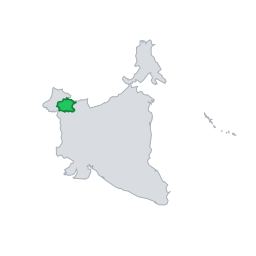 location of Himachal Pradesh within India, rotated 315°
{"feature_id": "IND-2429", "entity_name": "Himachal Pradesh", "entity_type": "Union Territory", "adm_level": 1, "iso_a3": "IND", "parent_name": "India", "parent_adm1": "", "projection": "orthographic", "projection_center": [77.297, 31.808], "detail": "fine", "context": "in_parent", "style": "filled", "palette": "green", "viewbox_px": 256, "rotation_deg": 315, "n_neighbors": 0, "source": "natural_earth", "source_scale": "10m", "svg_char_len": 6390}
<svg xmlns="http://www.w3.org/2000/svg" viewBox="0 0 256 256"><g transform="rotate(315 128 128)"><path d="M50.0,115.2L53.1,114.8L53.5,112.7L59.1,114.0L63.0,112.8L64.2,113.9L66.0,113.0L64.2,105.3L62.1,104.9L61.3,103.6L61.8,100.0L58.4,98.4L58.7,96.1L63.7,90.9L65.7,93.0L71.5,91.8L74.2,87.1L77.2,85.5L79.9,80.1L82.2,79.2L82.8,77.2L86.7,73.6L86.1,72.7L86.4,68.9L90.4,66.5L90.0,65.6L87.2,64.8L87.1,63.2L85.5,63.1L85.3,61.7L83.8,60.5L84.6,58.6L83.8,57.2L85.2,55.9L83.5,55.1L83.9,54.1L83.0,53.2L83.9,51.6L85.6,50.9L92.6,52.7L97.0,51.3L103.0,46.7L104.2,46.8L104.1,48.2L105.7,52.1L109.0,53.9L107.8,55.7L108.2,58.8L109.9,60.7L110.4,64.8L108.9,65.7L107.7,64.3L106.2,64.8L108.0,68.2L108.1,72.0L109.9,71.5L112.0,74.0L115.4,75.1L115.7,76.5L120.1,78.8L116.9,81.5L115.3,87.0L125.0,92.5L129.5,93.5L129.8,94.4L132.9,95.2L137.1,94.2L140.0,95.2L140.5,96.7L143.5,98.3L145.3,97.6L146.6,98.9L158.5,99.2L159.2,97.0L158.0,94.7L158.4,89.7L160.7,88.6L161.9,89.0L161.9,91.9L162.8,93.1L162.0,94.0L164.4,95.9L167.7,96.3L170.7,94.7L172.9,95.2L179.4,93.8L179.6,91.1L176.8,89.9L176.9,88.6L181.5,87.3L184.6,82.2L187.1,81.2L191.0,77.0L195.1,78.0L198.0,75.0L199.8,75.9L198.8,77.1L199.0,78.0L200.4,77.0L201.4,78.6L200.2,81.0L201.8,80.4L205.7,81.1L206.0,82.8L204.0,85.3L205.6,87.9L203.5,87.0L200.8,87.9L195.9,92.9L196.4,96.2L194.1,101.0L195.0,102.5L192.8,110.0L188.4,109.5L189.2,115.1L188.2,115.8L188.6,120.6L187.5,122.2L186.4,121.5L185.7,122.6L182.8,112.7L181.1,112.9L179.9,117.3L178.8,116.1L178.2,116.8L177.1,114.1L177.9,110.8L180.5,109.9L181.6,108.4L182.0,105.5L183.2,104.9L180.8,103.9L172.2,105.1L168.9,104.7L168.5,100.8L167.5,99.2L167.0,100.6L166.0,100.7L163.9,98.5L163.0,99.5L160.4,97.9L160.9,99.0L159.2,102.1L164.2,105.4L161.6,106.1L159.5,109.7L163.5,111.5L162.9,115.2L164.0,117.6L165.1,117.9L166.5,126.9L165.4,126.5L164.8,127.5L164.0,124.4L163.9,127.2L162.2,126.8L161.4,127.6L161.6,124.6L160.1,123.3L161.4,124.7L160.3,126.6L155.7,128.9L154.5,130.6L155.3,133.8L154.2,136.2L152.2,138.2L151.5,138.0L151.3,138.9L147.8,140.4L147.3,139.3L145.9,140.2L145.6,141.2L147.0,140.9L143.4,144.1L139.8,149.3L129.9,156.9L129.4,160.1L126.6,161.5L123.8,161.6L122.1,165.1L120.1,164.3L118.1,165.5L116.7,169.2L118.3,178.4L117.4,177.1L116.9,177.7L118.6,179.1L114.8,190.9L115.8,191.6L115.8,196.5L112.6,197.0L110.4,200.9L110.9,202.2L113.2,202.9L110.7,202.6L107.3,203.5L105.9,204.7L105.1,207.6L101.9,209.3L99.2,208.0L96.1,204.7L94.7,201.6L94.2,198.9L95.5,201.1L94.9,198.9L91.2,190.7L86.6,183.8L83.4,172.6L80.9,169.1L80.3,165.7L79.4,165.4L77.5,160.9L75.1,147.9L75.9,145.7L75.7,144.9L74.9,146.0L74.8,145.3L74.8,144.0L75.8,144.2L74.7,143.6L74.1,140.8L75.5,135.9L74.1,131.6L74.8,131.1L74.1,131.1L76.9,129.5L73.7,129.7L74.7,128.1L73.7,128.0L73.9,126.9L75.3,126.5L71.8,126.2L72.3,127.3L70.9,128.8L72.1,130.6L70.7,132.8L65.0,135.0L61.9,134.2L53.9,124.9L54.4,124.1L55.6,125.1L60.7,123.7L62.6,120.7L57.9,122.4L55.5,121.7L52.4,119.4L51.3,117.0L53.4,115.5L50.3,116.8L50.0,115.2ZM191.3,183.3L190.1,181.6L191.5,179.3L191.5,172.8L192.6,171.6L191.8,175.2L192.5,177.4L191.8,178.1L191.3,183.3ZM198.8,206.4L199.0,209.1L197.9,207.8L198.8,206.4ZM190.4,189.1L189.6,189.2L189.5,188.1L190.3,187.1L190.4,189.1ZM196.1,202.5L196.1,203.3L195.9,202.6L196.1,202.5ZM196.9,201.3L196.7,202.4L196.7,201.3L196.9,201.3ZM198.1,205.6L197.8,206.5L197.5,206.2L198.1,205.6ZM192.5,196.6L192.0,196.7L192.2,196.2L192.5,196.6ZM191.2,183.8L190.7,184.3L190.9,183.5L191.2,183.8ZM192.9,180.2L193.2,181.0L192.5,180.5L192.9,180.2ZM194.7,201.4L194.2,201.4L194.4,200.9L194.7,201.4ZM190.9,175.3L190.7,176.2L190.8,175.2L190.9,175.3Z" fill="#d9dde1" stroke="#a8b0b8" stroke-width="1"/><path d="M106.1,64.7L106.3,65.0L106.5,65.3L106.4,65.5L106.5,66.2L106.5,66.3L106.5,66.5L106.8,66.7L106.9,66.8L107.0,67.0L107.5,67.7L107.7,67.8L107.9,67.9L108.0,68.0L107.9,68.5L107.8,68.9L107.8,69.0L107.7,69.2L107.7,69.3L107.8,69.4L107.8,69.6L107.9,69.8L108.0,69.9L108.3,70.1L108.4,70.3L108.3,70.5L107.8,70.9L107.8,71.0L108.0,71.1L108.2,71.3L108.1,71.5L108.0,71.9L108.1,72.0L108.3,72.2L108.5,72.2L108.8,72.3L109.1,72.5L109.4,73.0L109.2,73.2L108.7,73.2L108.4,72.8L108.3,72.7L108.1,72.7L107.8,72.7L107.7,72.7L107.4,72.6L107.2,72.6L106.9,72.6L106.7,72.6L106.5,72.4L106.4,72.4L106.2,72.3L106.1,72.2L105.8,72.2L105.7,72.2L105.4,72.4L105.2,72.5L104.8,72.7L104.6,72.9L104.4,73.0L104.0,72.9L103.9,73.0L103.7,73.2L103.5,73.4L103.2,73.7L103.2,73.8L103.2,74.0L102.9,74.1L103.0,74.3L103.1,74.5L103.1,74.8L103.0,74.7L102.9,74.7L102.9,74.8L102.8,75.0L102.7,75.3L102.7,75.5L102.8,75.6L102.9,75.9L103.0,76.0L103.0,76.3L102.9,76.4L102.9,76.5L103.0,76.7L103.3,76.8L103.2,77.0L102.6,77.3L102.1,77.4L102.0,77.5L102.1,77.8L101.8,77.7L101.7,77.5L101.4,77.6L101.4,77.4L101.2,77.5L100.9,77.5L100.9,77.4L100.6,77.3L100.4,77.2L100.1,77.2L99.8,76.8L99.7,76.7L99.8,76.5L99.8,76.4L99.8,76.2L99.7,75.9L99.6,75.7L99.2,75.5L99.1,75.4L99.0,75.2L98.9,75.2L98.7,75.1L98.7,74.9L98.5,74.6L98.4,74.6L98.2,74.6L98.1,74.4L97.9,74.4L97.9,74.5L97.6,74.4L97.4,74.3L97.2,74.0L97.1,73.9L97.0,73.7L97.0,73.4L96.9,73.2L96.9,72.9L97.0,72.8L97.1,72.7L96.9,72.6L96.9,72.4L96.7,72.3L96.6,72.5L96.6,72.4L96.4,72.2L96.4,72.3L96.3,72.2L96.2,72.1L96.0,71.9L95.8,71.5L95.7,71.4L95.6,71.5L95.5,71.8L95.4,71.9L95.3,72.0L95.2,72.1L94.9,72.1L94.6,71.9L94.5,71.4L94.2,70.6L93.5,69.1L93.5,68.9L93.5,68.5L93.3,68.2L93.2,68.1L92.8,67.9L92.6,67.7L92.4,67.6L92.2,67.6L91.8,67.5L91.7,67.4L92.0,67.0L92.1,66.8L92.1,66.7L91.9,66.7L91.9,66.4L92.0,66.3L92.3,66.2L92.5,66.1L92.8,65.8L93.2,65.5L93.4,65.4L93.5,65.4L93.4,65.3L93.2,64.9L93.2,64.7L93.4,64.3L93.5,64.2L93.5,63.9L93.4,63.7L93.4,63.4L93.5,63.3L93.5,63.2L93.4,63.2L93.3,62.9L93.2,62.8L93.0,62.6L92.9,62.4L93.0,62.3L93.0,62.2L93.3,62.2L93.5,62.3L93.8,62.4L94.2,62.0L94.4,61.8L94.5,61.8L94.7,61.6L94.9,61.6L95.0,61.5L95.3,61.3L95.3,61.2L95.5,60.9L95.8,60.8L96.0,60.7L96.6,60.5L96.7,60.4L96.8,60.5L97.1,60.7L97.7,60.7L97.8,60.7L98.2,61.1L98.3,61.2L98.6,61.4L98.7,61.6L98.8,61.7L99.0,61.8L99.5,62.2L99.7,62.3L100.2,62.5L100.8,62.7L101.0,62.6L101.3,62.5L101.5,62.5L101.6,62.4L101.8,62.4L102.0,62.2L102.3,62.0L102.5,61.9L102.8,61.9L102.9,62.1L103.2,62.4L103.4,62.6L103.6,63.1L103.8,63.2L103.8,63.3L103.8,63.6L103.9,63.8L104.0,63.9L104.1,64.0L104.4,64.2L104.5,64.2L104.7,63.9L104.9,63.8L105.1,63.7L105.3,63.7L105.5,63.7L105.8,63.5L105.8,63.4L106.0,63.3L106.1,63.5L106.1,63.9L106.1,64.0L105.9,64.2L105.7,64.3L105.6,64.6L105.6,64.8L105.6,65.0L105.8,65.1L106.0,64.8L106.1,64.7Z" fill="#22c55e" stroke="#15803d" stroke-width="1.5"/></g></svg>